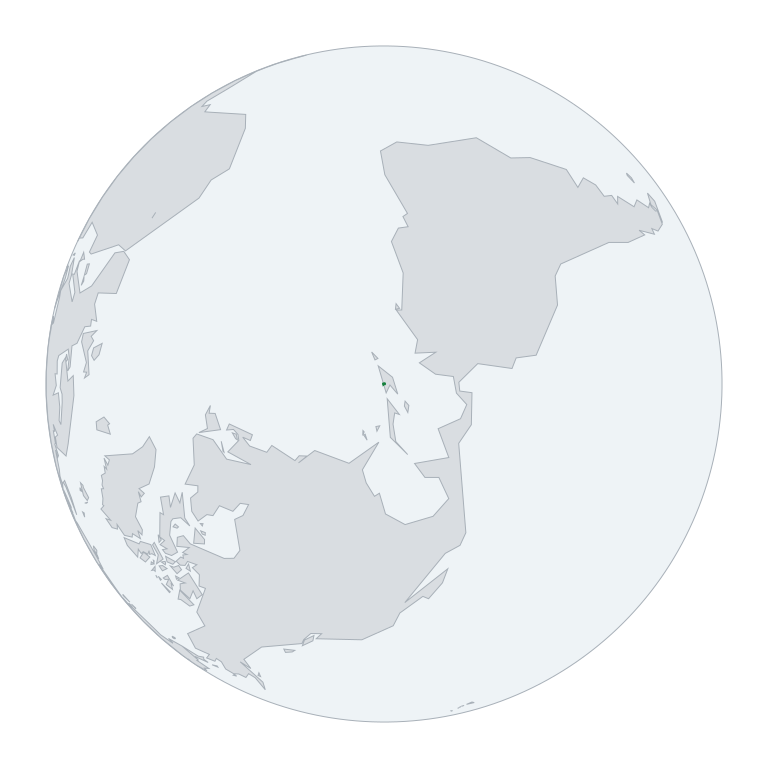 globe centered on Dajabón, rotated 238°
{"feature_id": "DOM-1966", "entity_name": "Dajabón", "entity_type": "Province", "adm_level": 1, "iso_a3": "DOM", "parent_name": "Dominican Republic", "parent_adm1": "", "projection": "orthographic", "projection_center": [-71.618, 19.433], "detail": "fine", "context": "on_globe", "style": "filled", "palette": "green", "viewbox_px": 768, "rotation_deg": 238, "n_neighbors": 0, "source": "natural_earth", "source_scale": "10m", "svg_char_len": 9731}
<svg xmlns="http://www.w3.org/2000/svg" viewBox="0 0 768 768"><g transform="rotate(238 384 384)"><circle cx="384" cy="384" r="338" fill="#eef3f6" stroke="#a8b0b8"/><path d="M345.8,448.4L337.9,444.5L330.0,454.0L303.2,436.5L294.1,415.9L214.5,374.6L206.9,363.0L207.9,346.2L187.6,285.8L193.5,340.2L184.4,328.2L178.3,308.0L183.3,304.4L181.4,276.1L174.1,263.7L178.8,229.7L203.9,191.5L205.3,198.8L211.2,189.7L209.8,180.5L207.4,176.8L225.8,140.8L224.8,119.3L213.3,120.3L224.6,114.8L195.3,123.3L187.6,121.3L203.2,119.1L210.1,115.7L208.3,111.4L215.0,107.2L218.0,103.0L226.2,98.7L234.6,98.9L240.1,96.4L238.5,93.7L245.7,88.4L247.2,92.6L259.9,84.1L276.4,85.2L273.8,103.9L289.8,104.4L305.3,124.3L310.7,120.1L320.1,126.4L329.8,124.2L329.9,129.5L337.6,123.4L335.6,119.1L338.4,115.2L343.9,113.9L345.0,120.0L342.4,121.6L345.6,122.8L343.8,126.6L347.8,123.9L348.5,132.2L356.1,122.3L363.5,127.5L361.7,133.5L351.1,135.0L320.8,156.0L315.7,164.4L319.2,173.6L348.3,185.6L347.2,194.7L353.5,205.3L359.0,198.8L356.1,188.4L368.0,179.9L363.0,169.2L367.1,164.6L366.3,153.7L377.9,153.5L389.8,159.5L391.1,168.9L396.3,172.2L404.5,162.3L415.9,180.2L439.2,193.3L440.9,198.7L427.4,209.5L403.7,210.7L386.1,228.5L409.2,215.6L413.1,231.0L418.6,233.4L425.2,232.3L428.4,226.1L432.1,231.6L410.7,245.5L406.9,240.7L413.8,236.0L402.6,237.2L388.2,248.4L391.3,256.3L366.2,267.9L368.1,274.0L363.7,280.5L362.4,269.7L364.3,290.0L335.3,312.3L337.4,348.8L322.7,320.2L309.6,316.5L293.8,316.4L293.8,322.2L273.0,316.4L253.6,327.4L245.8,355.5L252.5,378.2L275.7,381.0L283.1,369.2L300.4,367.8L287.3,400.0L317.4,406.2L314.0,430.5L322.7,443.3L337.9,440.6L353.6,446.8L365.0,432.9L383.2,425.2L383.5,444.8L393.7,426.7L403.8,436.0L440.2,433.6L437.4,438.3L468.0,459.1L500.9,465.8L508.6,478.8L504.6,487.8L516.0,488.8L516.2,494.3L561.0,495.6L583.5,504.5L582.5,523.1L563.0,547.9L543.9,592.8L508.5,611.3L498.6,627.9L469.3,652.3L448.0,652.6L453.2,662.3L440.6,669.0L426.5,670.2L423.3,677.0L412.8,677.6L419.3,681.5L401.8,690.0L406.1,696.0L393.3,701.8L396.5,704.9L391.8,704.8L386.7,706.0L386.1,707.6L372.0,704.7L368.5,697.4L373.9,693.5L367.7,692.7L379.2,681.8L372.3,684.1L374.7,666.0L384.9,649.7L392.1,597.5L384.9,586.4L359.0,573.0L327.8,528.3L336.1,509.9L329.3,500.8L351.6,474.3L345.8,448.4ZM66.0,291.7L68.6,284.2L67.7,290.1L66.0,291.7ZM69.8,278.9L68.9,281.6L69.5,279.2L69.8,278.9ZM69.9,276.6L69.8,278.3L69.6,277.1L69.9,276.6ZM69.8,274.6L70.0,275.4L69.8,275.6L69.8,274.6ZM335.4,361.1L369.8,378.9L350.0,380.9L353.8,377.7L345.2,370.4L328.9,363.5L311.6,366.7L335.4,361.1ZM70.6,269.1L71.0,267.6L71.4,267.6L70.6,269.1ZM351.4,341.4L345.3,339.9L351.3,339.8L351.4,341.4ZM205.3,176.1L209.0,180.9L207.8,191.3L203.9,187.6L205.3,176.1ZM208.6,158.2L212.3,158.6L205.4,167.2L205.4,164.2L208.6,158.2ZM203.6,122.7L205.4,124.9L201.3,124.3L203.6,122.7ZM217.0,103.3L214.3,104.2L217.0,101.8L217.0,103.3ZM359.9,154.7L363.0,154.3L361.5,156.5L359.9,154.7ZM356.6,150.7L352.7,153.7L350.5,152.2L353.0,150.4L356.6,150.7ZM231.9,93.1L237.0,89.4L233.3,93.1L231.9,93.1ZM361.9,147.5L347.2,149.4L343.5,147.0L349.8,138.2L361.9,147.5ZM241.0,87.3L253.2,79.3L248.4,80.2L268.9,73.8L251.7,82.2L247.9,86.3L246.1,85.3L241.0,87.3ZM332.6,118.4L334.9,122.9L327.9,120.6L332.6,118.4ZM327.4,118.0L301.7,118.2L301.1,111.5L309.8,112.5L304.8,105.6L317.1,102.1L322.6,105.2L320.6,110.0L326.9,105.1L327.4,118.0ZM278.3,72.1L282.5,70.6L279.7,72.3L278.3,72.1ZM338.9,113.6L333.8,113.9L332.8,108.0L342.9,106.4L340.0,108.7L338.9,113.6ZM297.5,105.8L298.6,101.6L308.8,97.5L310.7,95.4L317.4,101.5L297.5,105.8ZM343.0,109.4L348.1,105.8L353.6,107.5L343.8,112.9L343.0,109.4ZM328.3,107.4L328.4,104.6L331.6,105.5L328.3,107.4ZM375.9,112.6L369.8,112.5L368.8,109.3L375.9,112.6ZM349.6,104.4L347.7,103.8L346.6,102.7L351.0,100.9L349.6,104.4ZM324.1,98.5L328.2,98.0L321.9,95.8L329.3,93.1L332.5,97.9L334.2,94.8L336.5,94.0L336.5,98.9L324.1,98.5ZM352.1,95.9L358.7,102.0L370.2,102.5L371.4,105.2L352.6,103.9L352.1,95.9ZM343.0,97.1L348.9,96.9L347.4,100.0L342.4,102.2L343.0,97.1ZM333.2,89.8L321.0,92.6L320.8,91.5L333.2,89.8ZM355.8,95.4L354.1,94.0L356.8,95.0L355.8,95.4ZM340.5,90.7L336.2,91.6L336.0,90.4L340.5,90.7ZM354.4,90.7L356.5,92.4L353.2,93.8L354.4,90.7ZM348.3,90.1L349.0,88.2L350.7,93.2L346.4,90.7L348.3,90.1ZM341.0,89.3L339.5,88.9L342.8,89.1L341.0,89.3ZM365.8,85.0L368.7,91.0L361.3,93.7L359.5,87.4L365.8,85.0ZM395.5,710.4L373.2,705.8L385.8,708.0L394.7,705.4L406.3,708.6L395.5,710.4ZM421.7,702.9L432.0,700.8L434.4,701.4L427.8,703.1L421.7,702.9ZM645.3,169.8L651.5,179.2L642.5,169.7L626.3,148.9L622.6,144.7L645.3,169.8ZM611.1,133.8L609.9,132.9L598.5,122.9L607.9,131.5L610.9,133.8L616.8,139.7L614.4,138.2L610.5,134.4L610.9,136.0L629.6,155.0L634.6,159.4L641.2,171.7L650.2,180.5L655.3,188.4L641.9,176.6L636.2,170.2L618.9,163.0L625.5,170.4L642.2,178.3L641.1,179.5L650.1,191.4L642.3,183.4L622.3,174.4L622.1,188.0L637.8,225.3L634.4,233.6L624.3,234.0L602.6,204.9L612.7,189.9L605.1,180.9L589.4,173.6L593.8,170.2L588.6,165.9L591.1,160.6L581.2,145.2L581.7,139.6L564.8,126.8L562.7,122.7L573.3,131.1L580.9,134.7L580.5,123.3L576.7,119.1L565.7,112.1L567.0,110.5L556.4,105.3L549.9,97.5L549.1,103.2L536.2,96.8L525.2,89.1L520.8,88.5L538.7,101.2L546.0,105.6L552.5,107.4L572.3,122.2L575.2,127.9L554.0,117.5L555.8,124.9L538.5,114.9L500.6,84.4L491.4,76.2L503.5,73.1L513.2,77.2L513.6,80.1L525.1,82.1L518.5,79.6L519.5,78.8L507.5,73.8L507.6,73.0L495.8,70.0L494.7,68.5L502.2,70.5L483.4,63.3L477.6,60.4L473.2,59.2L470.3,58.8L464.8,56.1L461.9,55.5L462.5,56.0L457.1,55.3L445.3,53.5L444.0,52.6L448.1,53.2L454.8,53.7L465.9,56.1L465.2,56.0L488.1,62.5L510.6,70.7L532.3,80.4L553.4,91.6L573.6,104.3L592.9,118.4L611.1,133.8ZM461.3,55.0L454.3,53.5L446.1,52.7L439.4,51.9L441.9,51.6L440.5,51.6L436.7,51.1L431.8,50.0L428.5,50.2L389.1,48.8L375.7,47.7L382.4,46.8L353.5,48.2L340.7,49.0L341.4,49.2L328.0,51.4L331.8,51.0L331.1,51.4L298.4,59.6L289.8,61.6L276.4,67.4L276.7,67.8L282.4,66.4L268.9,73.8L248.4,80.2L248.7,78.9L235.6,84.7L238.2,81.2L234.4,81.8L244.8,76.1L242.4,77.2L251.3,73.2L254.7,72.3L253.5,72.3L259.9,69.7L262.0,68.9L285.9,60.6L310.5,54.2L335.4,49.6L360.6,46.9L385.9,46.1L411.2,47.2L436.4,50.2L461.3,55.0ZM704.0,492.5L705.5,488.1L713.4,459.6L716.8,441.4L717.1,408.9L717.7,383.7L715.8,376.7L713.0,384.6L709.8,376.3L707.4,379.5L685.9,409.6L674.3,401.9L648.4,366.9L648.6,345.5L639.7,325.6L633.9,235.3L642.7,232.7L649.4,204.5L652.0,204.1L662.1,219.9L675.8,222.2L667.5,206.0L669.2,202.9L667.3,199.9L680.4,221.7L691.7,244.4L701.4,268.0L709.2,292.2L715.2,316.9L719.3,342.0L721.5,367.3L721.8,392.7L720.2,418.1L716.7,443.3L711.3,468.1L704.0,492.5ZM647.6,275.1L650.5,281.3L647.6,275.1ZM441.3,433.3L445.7,436.8L439.9,437.3L441.3,433.3ZM347.2,389.1L354.5,389.6L358.3,392.8L352.6,393.7L347.2,389.1ZM409.2,389.1L417.7,390.5L408.9,392.4L409.2,389.1ZM375.3,381.1L402.4,388.7L385.2,394.8L368.1,390.3L380.0,388.5L375.3,381.1ZM347.7,353.0L352.2,354.6L350.8,358.2L347.7,353.0ZM355.7,341.5L353.9,341.8L351.6,338.7L355.7,341.5ZM414.3,230.1L416.2,229.2L422.9,229.5L419.7,232.1L414.3,230.1ZM452.5,216.2L457.8,225.4L451.9,220.2L448.5,225.2L431.9,221.2L440.9,201.3L439.8,210.7L452.5,216.2ZM412.2,211.8L421.7,215.6L410.9,212.2L412.2,211.8ZM557.7,150.7L563.0,151.0L568.5,156.9L567.8,166.5L559.8,157.8L557.7,150.7ZM569.1,150.3L548.2,138.8L547.8,133.2L551.6,138.1L553.4,135.6L559.9,143.0L580.0,149.9L586.2,155.8L581.5,168.8L579.6,160.9L574.6,160.7L569.1,150.3ZM495.6,127.9L486.5,125.3L497.3,116.2L504.5,119.9L504.4,129.0L495.7,130.2L495.6,127.9ZM375.9,132.7L371.7,134.0L371.4,132.1L374.7,129.4L375.9,132.7ZM373.2,112.8L393.7,125.9L390.0,127.8L406.5,134.5L403.1,142.3L392.5,137.5L402.3,149.1L391.4,147.9L399.1,155.5L375.9,144.0L366.5,144.1L378.3,140.8L381.6,133.5L380.3,130.4L369.4,122.1L350.8,119.8L351.1,113.0L356.3,108.9L360.9,108.4L359.2,112.7L366.4,109.0L367.5,115.0L373.2,112.8ZM417.1,76.9L413.3,80.0L428.0,77.7L429.2,81.9L430.8,81.4L435.9,85.0L444.9,88.7L443.8,90.7L447.8,91.4L451.2,94.1L456.3,95.9L456.2,100.4L462.4,103.0L458.8,103.7L469.5,107.3L461.5,106.8L465.2,110.9L471.0,109.2L458.0,133.8L458.7,146.1L463.7,157.1L449.2,155.9L435.3,145.4L423.7,131.8L425.1,120.8L418.3,122.8L416.9,118.3L422.9,118.6L412.9,115.6L413.4,112.1L403.1,102.9L388.4,101.8L384.3,98.8L390.2,97.5L381.9,95.5L390.4,91.4L387.6,89.3L393.2,83.7L406.3,83.2L402.2,81.1L406.3,77.3L417.1,76.9ZM367.7,83.4L383.2,80.8L391.4,82.2L378.2,91.6L379.6,94.0L371.4,101.1L359.7,99.2L363.1,97.2L363.7,95.0L367.2,96.4L364.8,93.6L369.4,91.0L368.9,88.3L374.1,88.1L367.7,83.4ZM648.5,196.2L649.3,194.8L649.1,191.2L654.8,199.1L648.5,196.2ZM635.2,190.2L635.0,187.5L642.9,195.9L642.0,197.8L635.2,190.2ZM628.1,179.5L634.3,186.8L630.4,183.9L628.1,179.5ZM572.4,128.7L571.4,126.0L573.9,127.3L577.6,130.7L572.4,128.7ZM461.1,74.3L457.6,75.0L455.6,74.2L444.1,73.3L442.4,70.6L448.6,70.0L461.1,74.3ZM652.8,179.2L652.4,178.7L650.8,176.6L652.8,179.2ZM657.2,189.6L658.2,188.7L658.8,191.7L657.2,189.6ZM457.3,71.2L452.7,71.0L454.7,69.9L457.3,71.2ZM440.5,68.7L441.6,67.1L440.8,70.2L440.5,68.7ZM435.9,54.1L453.9,57.6L465.7,59.8L470.5,59.8L471.4,62.0L453.2,58.6L435.9,54.1ZM395.0,49.1L390.9,50.2L387.5,49.5L388.0,49.2L395.0,49.1ZM396.1,49.9L400.8,51.8L395.1,52.3L392.5,50.6L396.1,49.9ZM429.7,59.6L435.2,60.6L433.5,61.4L429.7,59.6ZM280.9,70.3L282.3,70.5L278.7,71.4L280.9,70.3ZM333.5,51.2L331.9,51.9L327.7,52.4L333.5,51.2ZM325.2,54.3L331.1,53.2L325.4,54.7L325.2,54.3ZM344.1,51.0L333.6,52.9L342.9,50.7L344.1,51.0Z" fill="#d9dde1" stroke="#a8b0b8" stroke-width="1"/><path d="M383.3,384.9L383.2,384.9L383.1,384.7L383.3,384.5L383.4,384.3L383.5,384.2L383.5,383.8L383.5,383.4L383.3,383.0L383.3,382.9L383.3,382.7L383.9,383.0L384.5,382.9L384.7,383.1L384.9,383.2L385.1,383.3L385.0,383.6L384.9,383.8L385.0,383.9L384.9,384.1L384.8,384.4L384.6,384.6L384.7,384.8L384.5,385.0L384.4,384.9L384.2,384.9L384.2,385.0L383.9,385.2L383.8,385.3L383.5,385.1L383.3,384.9Z" fill="#22c55e" stroke="#15803d" stroke-width="1.5"/></g></svg>